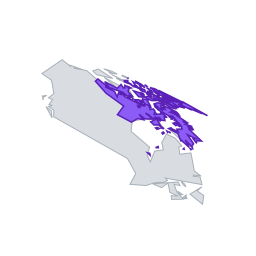 where Nunavut sits in Canada, rotated 28°
{"feature_id": "CAN-634", "entity_name": "Nunavut", "entity_type": "Territory", "adm_level": 1, "iso_a3": "CAN", "parent_name": "Canada", "parent_adm1": "", "projection": "equal_earth", "projection_center": [-85.605, 67.518], "detail": "fine", "context": "in_parent", "style": "filled", "palette": "violet", "viewbox_px": 256, "rotation_deg": 28, "n_neighbors": 0, "source": "natural_earth", "source_scale": "10m", "svg_char_len": 9350}
<svg xmlns="http://www.w3.org/2000/svg" viewBox="0 0 256 256"><g transform="rotate(28 128 128)"><path d="M46.4,132.4L38.0,121.7L26.4,120.4L37.8,98.6L48.2,100.6L47.4,99.7L61.1,97.7L54.0,99.4L52.1,100.2L52.5,100.5L64.6,96.7L103.8,105.5L103.0,102.4L107.9,100.8L102.6,100.8L107.2,100.1L124.4,102.8L122.2,101.2L124.7,101.0L127.6,101.5L126.4,104.1L127.6,105.0L132.8,100.7L126.9,97.5L131.1,94.1L145.1,103.8L150.2,100.4L148.9,98.2L157.5,100.4L154.9,101.1L157.2,104.0L153.2,105.6L150.9,104.3L150.2,104.1L149.7,104.4L152.3,106.0L136.5,106.6L145.7,108.3L143.4,110.7L131.5,110.8L137.7,112.8L128.5,119.9L132.3,129.5L156.1,134.8L157.7,143.1L163.7,147.5L162.4,135.9L169.5,130.7L164.6,124.8L164.8,115.3L174.4,114.8L184.0,118.5L181.8,121.1L186.1,126.8L195.3,120.5L206.7,134.8L214.4,136.1L207.9,138.9L208.3,140.0L214.6,137.4L219.9,143.2L184.5,154.7L187.6,155.8L184.3,159.9L182.0,160.7L177.0,164.0L171.0,170.3L156.2,176.8L156.3,164.6L141.9,155.2L57.1,153.0L54.2,147.2L47.6,146.3L50.7,143.6L47.2,144.4L48.0,138.3L43.6,138.7L46.4,132.4ZM146.7,95.9L150.2,95.9L149.0,92.1L156.4,91.0L157.8,94.2L176.1,94.9L174.3,96.3L186.7,99.4L181.6,100.2L198.9,105.0L195.0,108.9L190.8,107.0L192.6,105.7L183.7,106.0L193.9,111.8L192.9,114.5L184.3,111.8L190.6,116.4L164.4,109.6L173.9,107.6L171.9,106.1L176.2,103.6L172.4,100.5L161.6,96.7L144.1,97.4L140.0,94.1L149.8,90.9L146.6,92.7L149.8,95.3L146.7,95.9ZM137.8,80.4L192.2,79.8L161.5,83.2L169.1,83.6L155.3,85.5L162.8,86.1L157.7,87.1L141.3,86.6L146.4,85.6L144.2,84.8L150.7,85.4L152.4,85.3L154.2,84.5L146.5,83.5L152.9,83.5L155.7,83.3L147.1,81.8L158.0,82.5L153.4,81.7L164.4,81.2L161.1,81.1L164.3,80.6L137.8,80.4ZM83.3,94.5L105.1,94.7L105.0,92.0L108.4,91.9L118.1,98.3L93.1,101.0L85.7,97.8L96.9,97.3L83.3,94.5ZM195.2,165.2L189.1,157.8L185.7,164.9L176.1,165.7L197.6,152.1L201.0,154.4L195.2,156.0L201.3,161.7L210.4,164.8L199.9,170.6L198.0,167.4L204.5,164.6L195.2,165.2ZM74.1,89.9L91.4,91.4L75.3,95.7L70.1,94.1L74.1,89.9ZM128.4,82.0L144.9,81.7L149.7,82.9L138.0,84.3L133.0,83.3L138.3,82.8L128.4,82.0ZM127.6,86.2L142.4,88.2L160.4,89.0L137.4,89.5L127.6,86.2ZM88.2,88.5L111.3,87.8L97.4,89.8L94.0,89.4L100.6,88.5L88.2,88.5ZM220.8,145.2L218.7,151.1L226.6,152.0L229.6,160.3L213.8,157.3L220.8,145.2ZM115.5,92.7L126.6,90.9L123.9,92.3L127.1,94.4L115.5,92.7ZM145.3,112.1L151.0,107.7L160.1,111.6L145.3,112.1ZM129.4,91.0L139.6,90.7L130.0,94.0L129.4,91.0ZM93.2,85.4L89.5,86.9L78.8,87.1L86.6,85.5L93.2,85.4ZM126.1,86.7L125.2,88.8L116.3,88.0L119.8,87.7L118.4,86.7L126.1,86.7ZM112.2,83.1L122.3,83.6L124.0,84.5L112.2,83.1ZM45.6,147.7L52.2,148.9L56.2,154.7L45.6,147.7ZM157.8,91.1L164.8,91.4L167.1,92.5L157.8,91.1ZM120.5,99.8L127.2,99.2L129.2,100.3L120.5,99.8ZM131.2,87.9L131.7,89.5L127.8,88.8L131.2,87.9ZM127.1,83.5L131.5,84.4L125.3,83.6L127.1,83.5ZM166.7,101.5L170.0,103.2L165.8,103.1L166.7,101.5ZM99.5,84.5L104.4,84.5L97.6,84.8L99.5,84.5ZM112.2,91.2L109.0,91.7L107.6,91.4L112.2,91.2ZM211.0,159.3L211.0,163.3L211.8,161.5L213.2,162.6L211.2,163.8L209.2,163.4L211.0,159.3ZM102.4,83.6L105.0,84.1L97.8,84.1L102.4,83.6ZM206.8,152.7L203.7,152.3L199.9,150.2L204.0,150.8L206.8,152.7ZM156.4,113.7L154.3,115.5L152.3,115.0L153.5,113.8L156.4,113.7ZM37.5,139.9L40.9,137.4L39.2,140.0L37.5,139.9ZM128.9,85.0L133.9,84.8L134.8,85.0L128.9,85.0ZM116.6,86.9L115.4,87.7L113.4,87.2L116.6,86.9ZM201.4,160.3L203.3,160.7L207.5,161.1L205.7,162.6L201.4,160.3ZM160.7,115.2L161.6,116.9L160.3,116.5L160.7,115.2ZM88.8,87.2L86.0,88.1L85.0,87.9L88.8,87.2ZM140.2,85.1L138.7,85.4L138.4,85.1L140.2,85.1ZM112.3,85.0L112.3,85.6L110.9,84.9L112.3,85.0ZM37.8,140.4L38.9,141.1L40.0,143.3L37.8,140.4Z" fill="#d9dde1" stroke="#a8b0b8" stroke-width="1"/><path d="M110.2,101.9L127.8,101.4L126.4,103.1L128.6,104.2L126.3,104.1L127.5,105.1L127.9,104.9L127.1,104.4L128.9,104.3L128.6,101.9L132.9,100.7L130.4,100.4L132.9,98.9L126.8,97.4L128.5,96.8L127.2,95.4L131.2,94.0L136.9,97.6L134.0,98.5L139.2,99.0L136.9,99.2L138.8,101.3L141.4,99.3L143.8,100.3L144.7,103.9L150.8,99.9L148.8,98.2L157.5,100.4L154.7,101.1L157.1,104.2L153.3,105.6L152.2,104.4L151.7,104.8L151.2,104.3L150.1,104.1L149.5,104.4L150.7,104.3L150.4,104.4L151.7,104.9L152.7,106.0L152.4,106.1L146.2,105.3L148.1,106.1L145.0,108.0L140.2,106.6L136.4,106.6L145.9,108.4L138.8,112.0L131.3,110.7L137.9,113.4L132.1,115.1L128.3,121.2L112.4,121.2L113.9,110.6L92.4,107.6L77.2,102.0L78.4,98.8L91.3,101.2L88.4,102.4L98.9,102.0L103.8,105.6L103.3,101.8L106.3,101.7L108.1,100.7L102.6,100.7L107.1,100.0L110.2,101.9ZM171.8,106.1L176.2,103.6L174.3,101.5L170.4,99.7L166.8,100.6L168.8,99.4L162.1,96.6L160.6,97.1L162.3,98.1L148.3,97.9L142.1,96.8L140.9,95.7L145.9,95.9L139.9,94.2L142.7,91.5L149.6,90.8L146.5,92.7L147.1,94.0L150.2,95.4L149.5,95.4L146.3,95.9L150.3,96.1L150.6,94.7L149.4,94.7L148.8,94.2L147.9,94.1L151.5,94.0L148.5,92.4L151.9,92.7L148.9,92.0L156.5,91.0L159.1,92.7L157.7,94.3L168.9,93.1L166.6,94.3L177.2,95.4L176.5,95.8L175.4,95.8L174.0,96.3L174.5,96.7L178.2,95.8L176.7,97.8L182.9,96.7L182.7,97.1L180.1,97.6L178.9,98.2L184.1,97.4L185.7,98.4L179.9,98.8L186.5,99.2L181.4,100.2L199.0,105.0L194.7,106.6L195.1,109.0L190.6,107.0L192.7,105.6L183.5,106.0L193.2,111.0L192.8,114.6L184.1,111.7L191.1,116.3L179.2,113.4L174.6,109.5L164.1,109.4L165.9,107.6L170.4,109.4L168.9,108.0L174.1,107.7L171.8,106.1ZM192.4,79.8L177.9,80.3L182.8,80.5L176.4,80.9L186.7,80.6L172.5,81.9L176.1,82.0L174.9,82.3L162.4,82.8L169.0,83.0L160.9,83.2L168.8,83.8L161.5,85.4L155.5,84.9L163.4,86.1L157.2,87.2L141.1,86.5L146.8,85.6L143.8,84.7L150.8,85.5L152.6,85.4L154.7,84.4L150.2,85.2L148.5,84.6L151.6,84.3L150.5,83.8L148.9,84.4L145.1,84.3L146.2,83.6L154.7,83.8L153.0,83.5L155.7,83.5L156.2,83.2L154.3,83.4L150.2,83.2L150.8,83.1L151.6,83.2L152.6,83.2L152.8,83.2L147.0,81.8L157.8,82.6L159.3,82.4L153.0,81.7L162.3,81.5L158.9,81.4L165.1,81.2L160.7,81.2L164.6,80.6L149.5,81.6L146.6,81.4L154.5,80.9L144.9,81.4L141.7,81.1L146.7,81.0L150.2,80.8L137.3,80.4L166.9,79.5L163.3,79.2L163.7,79.2L192.4,79.8ZM101.4,92.8L105.1,94.8L106.3,94.2L105.2,91.7L109.6,92.1L111.2,95.8L118.1,98.3L112.9,98.5L116.2,99.6L113.6,100.3L106.6,98.9L92.6,101.1L85.7,98.1L100.0,97.9L101.4,92.8ZM140.0,83.0L128.4,82.0L132.8,82.1L128.6,81.7L133.9,81.5L130.8,81.2L134.9,80.7L149.9,82.9L136.9,84.3L132.8,83.3L140.0,83.0ZM160.1,88.9L155.9,89.8L137.4,89.5L134.7,86.8L130.3,87.0L127.5,86.3L138.8,86.4L137.5,86.6L142.0,87.0L137.4,86.9L140.1,87.2L138.2,87.3L138.3,87.6L142.4,88.2L157.1,87.7L160.1,88.9ZM127.8,93.2L122.8,95.4L115.5,92.6L125.4,90.7L126.9,91.1L125.5,91.3L123.8,92.5L127.8,93.2ZM160.2,111.7L158.2,112.4L154.0,110.7L149.4,113.2L145.2,111.9L148.9,106.6L156.4,111.1L160.2,111.7ZM139.7,90.7L136.1,92.7L131.8,92.7L133.4,93.2L132.2,94.1L129.1,92.2L131.2,90.4L139.7,90.7ZM126.4,88.1L122.1,88.9L120.0,88.3L123.7,87.8L116.6,88.1L116.1,87.9L124.7,86.3L126.4,88.1ZM102.8,87.5L105.5,86.1L106.5,87.7L111.4,87.9L102.4,89.1L105.0,87.8L102.8,87.5ZM112.1,83.1L119.4,83.2L124.1,84.4L114.0,84.2L113.0,83.9L116.2,83.6L112.1,83.1ZM157.7,91.2L163.1,91.1L167.1,92.4L160.4,92.7L157.7,91.2ZM129.3,100.2L126.5,101.1L120.5,99.9L124.1,98.1L129.3,100.2ZM133.8,89.0L131.3,89.5L127.8,88.9L131.2,87.9L133.8,89.0ZM131.2,84.6L125.3,83.6L131.7,84.1L131.2,84.6ZM170.2,101.6L169.2,103.5L165.6,102.6L166.8,101.5L170.2,101.6ZM112.0,91.2L110.6,92.5L109.1,91.7L107.4,91.4L112.0,91.2ZM156.0,113.6L154.2,115.6L152.3,115.0L153.4,113.8L156.0,113.6ZM130.4,84.8L133.5,85.3L128.8,85.1L130.4,84.8ZM162.4,115.4L161.4,117.1L160.3,116.4L160.9,115.1L162.4,115.4ZM141.2,85.4L139.8,85.6L138.3,85.1L140.0,85.0L141.2,85.4ZM113.8,85.6L112.2,85.7L110.8,84.9L111.9,84.9L113.8,85.6ZM122.3,82.1L124.2,82.0L125.0,82.3L124.6,82.5L122.3,82.1ZM159.1,140.2L160.3,141.7L157.0,140.7L159.1,140.2ZM116.9,87.1L113.3,87.1L116.6,86.9L116.9,87.1ZM114.6,88.6L113.4,88.9L112.1,88.7L113.2,88.2L114.6,88.6ZM113.5,86.9L113.1,86.5L116.1,86.7L113.5,86.9ZM173.7,102.4L171.6,102.5L170.7,102.0L171.6,101.6L173.7,102.4ZM164.1,131.2L161.5,132.4L163.3,130.2L164.1,131.2ZM124.6,90.7L122.2,90.7L125.7,90.4L124.6,90.7ZM165.3,112.4L165.1,113.3L163.8,112.4L165.3,112.4ZM163.5,99.3L161.1,100.1L162.5,99.2L163.5,99.3ZM145.9,101.8L147.1,102.2L146.5,102.6L145.9,101.8ZM117.6,84.9L118.9,84.7L120.4,84.9L118.8,85.0L117.6,84.9ZM161.2,98.5L159.9,98.9L158.3,98.5L161.2,98.5ZM140.5,86.1L140.5,86.6L139.4,86.2L140.5,86.1ZM103.8,84.1L104.9,83.8L105.2,83.9L103.8,84.1ZM153.7,107.1L151.1,106.1L152.0,106.2L153.7,107.1ZM194.2,116.9L193.7,117.7L192.5,117.0L194.2,116.9ZM165.4,99.0L166.2,99.7L165.2,99.4L165.4,99.0ZM116.7,87.7L115.2,87.7L117.9,87.4L116.7,87.7ZM149.7,107.0L150.2,106.5L150.8,107.3L149.7,107.0ZM181.2,114.1L180.8,114.6L179.6,113.8L181.2,114.1ZM186.9,119.6L187.6,120.4L186.6,120.6L186.9,119.6ZM166.1,111.9L168.0,112.4L167.1,112.5L166.1,111.9ZM170.1,100.6L170.2,101.3L169.3,100.7L170.1,100.6ZM117.3,87.3L114.7,87.5L114.2,87.4L117.3,87.3ZM129.2,88.0L127.1,88.1L128.4,87.9L129.2,88.0ZM175.1,96.1L176.8,95.9L175.6,96.3L175.1,96.1ZM160.9,87.2L161.3,87.6L159.7,87.5L160.9,87.2ZM128.7,99.2L128.3,98.6L129.1,98.9L128.7,99.2ZM126.7,92.4L127.1,91.9L127.5,92.2L126.7,92.4ZM162.8,98.6L164.0,98.6L162.2,98.9L162.8,98.6ZM121.2,86.3L118.7,86.5L121.4,86.3L121.2,86.3ZM119.0,99.9L118.4,100.4L118.4,99.9L119.0,99.9ZM131.9,87.3L132.3,87.7L131.2,87.4L131.9,87.3ZM146.3,97.9L145.1,97.7L147.0,97.8L146.3,97.9ZM115.5,100.3L115.8,100.8L114.8,100.6L115.5,100.3ZM110.0,100.8L110.0,101.2L109.2,100.9L110.0,100.8ZM193.6,114.6L194.1,115.1L193.3,114.9L193.6,114.6ZM127.5,99.2L126.4,98.7L127.6,99.0L127.5,99.2Z" fill="#8b5cf6" stroke="#5b21b6" stroke-width="1.5"/></g></svg>